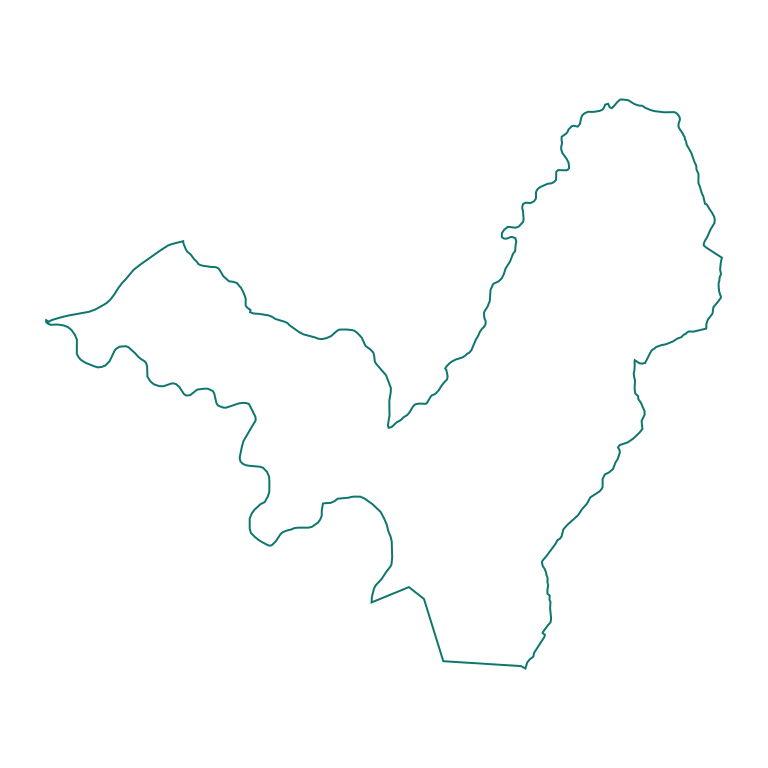 the district of Phuentsholing, Chhukha, Bhutan
{"feature_id": "84629894B40040749916025", "entity_name": "Phuentsholing", "entity_type": "district", "adm_level": 2, "iso_a3": "BTN", "parent_name": "Bhutan", "parent_adm1": "Chhukha", "projection": "albers", "projection_center": [89.394, 26.918], "detail": "fine", "context": "isolated", "style": "outline", "palette": "teal", "viewbox_px": 768, "rotation_deg": 0, "n_neighbors": 0, "source": "geoboundaries", "source_scale": "gbopen_adm2", "svg_char_len": 6102}
<svg xmlns="http://www.w3.org/2000/svg" viewBox="0 0 768 768"><path d="M46.2,320.2L46.1,322.0L47.7,323.5L50.8,324.8L57.2,324.5L63.9,325.5L67.7,327.0L71.5,330.0L74.9,334.9L76.9,339.6L76.8,353.9L78.6,357.2L80.8,359.8L85.3,362.7L93.7,366.1L97.9,367.4L101.8,366.9L105.5,365.4L109.6,361.2L114.7,350.5L116.1,348.9L119.6,346.7L125.9,346.2L128.5,347.2L135.4,353.5L138.5,357.0L140.8,358.9L144.5,361.2L146.0,362.9L147.1,366.1L147.4,376.6L150.4,381.4L154.0,384.4L159.2,386.1L163.3,386.3L171.1,383.6L173.3,383.4L175.9,384.0L179.4,387.0L183.8,393.9L186.2,395.5L190.1,395.2L197.2,389.6L204.1,388.7L207.3,388.7L209.0,389.2L213.0,391.2L214.2,393.4L216.3,402.6L217.2,404.5L218.5,405.8L223.3,407.6L226.1,407.7L238.8,403.4L243.3,402.8L246.1,403.1L248.9,403.9L255.3,416.5L255.7,419.5L255.4,421.1L253.5,423.9L243.5,441.0L241.8,447.1L239.9,456.5L239.7,458.2L240.5,461.5L242.5,463.6L245.6,465.1L248.5,465.7L260.4,466.8L263.2,467.9L266.9,471.8L269.1,476.7L269.4,481.4L269.3,491.9L267.8,496.6L264.7,502.1L260.6,504.1L254.3,509.9L251.7,513.6L249.7,518.4L249.7,528.5L250.9,532.9L254.7,536.8L258.0,539.5L261.5,541.8L268.1,545.3L270.1,545.7L271.9,545.1L275.9,541.2L280.6,534.0L282.8,532.2L286.4,530.7L291.1,529.5L294.4,528.1L298.0,527.7L308.0,527.7L311.6,527.0L318.1,522.5L320.2,519.5L321.7,515.9L321.8,510.1L322.9,503.7L323.9,503.3L330.9,502.8L334.8,501.0L337.6,498.7L347.9,497.8L352.1,496.8L355.1,496.6L360.4,496.7L364.1,498.3L372.4,504.1L380.7,512.0L384.3,518.9L386.9,525.0L388.3,531.2L390.5,536.3L391.7,541.2L392.2,557.2L391.5,564.4L390.3,566.7L386.6,571.4L381.6,579.0L375.8,585.2L374.1,588.3L371.9,596.7L371.6,602.4L408.9,587.1L424.0,599.0L443.3,661.2L521.1,666.1L525.4,668.5L527.2,662.5L530.0,659.1L533.3,656.7L534.1,652.8L544.4,636.9L544.9,634.8L542.6,633.0L543.0,631.9L548.0,625.1L550.4,622.6L551.0,619.8L551.0,617.4L550.1,608.1L550.5,602.1L549.5,599.9L549.7,595.6L547.5,593.8L547.4,592.0L547.4,589.8L548.2,585.3L547.3,581.8L547.6,580.1L547.5,577.7L546.5,575.1L546.0,572.3L544.7,568.9L542.9,566.4L542.1,563.5L542.0,561.7L542.7,560.4L545.8,556.9L555.4,544.0L557.5,540.1L560.1,538.6L561.7,536.1L563.3,529.4L567.4,524.8L578.0,515.3L582.2,509.0L587.1,503.5L590.3,497.4L599.4,491.5L601.5,489.2L602.6,487.1L602.6,479.1L604.8,474.5L608.9,472.5L613.1,468.9L615.6,462.2L617.6,459.3L619.9,452.5L619.4,449.7L618.0,447.5L619.6,445.1L627.7,442.4L633.1,438.7L639.5,432.6L642.4,429.0L641.6,420.9L644.6,414.7L644.6,411.4L640.9,402.7L638.4,399.3L638.1,396.1L635.3,393.6L634.6,389.1L635.0,380.5L634.1,376.8L633.7,373.2L634.4,370.6L634.7,365.2L634.5,361.6L634.8,360.2L639.5,363.3L642.3,363.6L645.1,363.0L650.2,352.9L652.0,350.0L654.4,348.6L656.2,347.0L661.2,345.2L666.1,344.2L673.0,341.4L677.5,338.5L681.1,337.3L684.2,334.4L685.6,334.0L686.8,332.7L688.7,331.5L693.6,331.6L706.2,328.6L706.4,326.1L706.2,325.0L707.0,321.9L707.7,319.9L712.5,313.6L713.4,307.2L717.9,301.8L720.8,297.9L720.9,296.4L720.2,294.9L719.1,291.3L718.6,286.0L718.6,283.3L719.4,280.5L719.6,277.4L721.0,274.1L720.1,269.5L720.8,262.5L721.9,257.7L706.6,247.8L703.8,245.5L703.8,243.8L704.8,241.0L707.4,236.8L710.4,229.7L714.5,222.9L714.7,219.2L714.2,216.8L711.7,212.2L709.5,209.1L707.2,205.1L706.3,204.2L705.0,203.8L703.2,196.0L701.9,193.6L700.0,187.0L698.4,183.0L698.5,174.0L696.4,169.3L696.3,166.2L695.8,164.7L694.4,161.9L691.2,152.6L686.7,144.8L686.1,141.6L684.9,139.0L684.5,136.5L683.6,135.6L682.9,133.8L679.2,128.3L678.5,126.6L678.6,123.5L679.9,119.9L679.6,117.1L678.6,115.5L677.4,114.0L675.7,112.7L674.0,112.1L664.3,112.3L654.9,111.2L650.7,110.1L645.4,107.9L642.4,105.8L638.6,105.5L634.3,104.0L628.2,100.2L622.6,99.5L620.1,99.6L617.1,102.3L613.5,106.6L611.7,108.2L609.7,107.2L608.1,103.8L605.2,104.6L604.0,107.6L602.5,109.6L599.7,110.9L593.7,111.9L588.1,111.8L584.9,113.1L582.7,114.8L582.1,115.8L581.3,117.4L580.0,123.7L578.6,125.7L577.6,126.6L573.8,125.8L571.8,126.2L568.7,129.3L567.3,132.3L565.9,133.8L561.7,136.7L561.5,139.6L562.1,142.7L561.1,147.6L561.3,149.7L562.3,152.9L566.8,159.1L568.6,162.9L569.1,167.3L568.9,168.4L568.0,169.5L566.6,170.3L558.1,170.1L556.3,171.7L556.0,180.0L554.0,182.0L551.6,183.3L547.5,183.8L540.2,187.1L537.8,188.9L536.3,191.2L536.0,192.6L536.0,197.9L535.7,198.9L534.0,201.3L530.4,203.1L525.4,202.7L523.1,204.0L522.2,206.8L522.4,209.4L523.0,210.8L523.6,219.8L523.1,221.9L518.7,226.6L515.6,227.7L507.9,226.8L504.2,229.7L502.1,232.8L501.8,234.9L501.9,237.2L503.9,238.5L505.7,238.7L507.6,238.4L510.6,237.0L512.5,237.1L515.3,238.1L516.3,241.8L515.7,244.1L515.1,251.3L513.4,253.2L512.5,255.0L510.0,261.6L505.7,268.2L503.7,274.5L501.6,278.5L498.4,281.5L493.9,283.5L492.9,284.5L490.5,290.1L489.8,300.8L487.5,306.8L484.7,311.0L483.9,313.1L484.4,318.2L485.7,321.3L485.6,323.9L484.5,326.3L482.0,328.8L479.7,332.2L478.1,336.0L475.9,339.5L471.4,350.2L469.2,352.8L467.2,353.7L466.0,355.0L462.6,357.4L455.6,359.6L452.3,361.3L449.8,363.0L446.9,366.0L445.2,368.4L446.3,369.8L447.4,375.2L447.6,376.8L447.0,379.5L443.9,382.7L441.5,385.8L438.7,390.3L436.6,392.6L435.3,393.9L431.8,395.4L430.8,396.4L426.7,403.4L425.5,403.8L418.6,403.6L414.9,404.5L413.0,406.5L409.5,412.3L407.2,415.1L404.1,416.9L400.3,420.4L396.7,422.3L391.8,426.9L388.6,427.8L387.9,425.3L389.5,415.5L389.3,400.7L390.7,392.5L390.9,388.0L389.9,385.3L386.0,375.2L376.3,364.0L374.8,361.7L374.2,355.8L373.3,352.6L370.2,349.3L365.5,345.9L361.7,337.6L357.4,333.0L354.1,330.6L351.6,330.0L346.4,329.5L339.3,329.6L336.8,331.0L331.1,336.1L326.2,338.2L321.9,339.1L318.1,338.7L315.3,337.5L303.6,334.4L299.4,332.3L289.6,325.3L288.1,323.6L286.7,322.7L284.5,321.7L275.5,319.0L271.9,316.7L268.5,315.4L259.4,313.9L253.7,313.5L250.1,312.2L250.5,310.0L247.2,307.6L246.0,306.1L245.6,304.9L245.7,298.6L244.1,293.9L240.9,287.5L239.5,286.3L237.1,283.1L233.6,281.9L228.9,281.2L223.3,276.2L219.5,269.7L218.1,268.2L216.0,267.2L209.8,266.8L201.6,265.5L198.5,264.2L196.9,261.8L194.1,259.1L190.7,254.5L187.3,251.7L186.0,249.7L183.5,243.6L183.2,241.2L171.7,244.1L168.0,245.5L160.1,250.6L141.1,264.0L133.5,269.9L126.2,278.7L122.1,283.0L118.3,288.0L114.2,294.6L110.4,299.5L106.7,303.0L101.8,305.9L95.3,309.5L89.0,311.8L69.5,315.3L61.3,317.2L51.9,320.0L48.9,321.7L46.2,320.2Z" fill="none" stroke="#0f766e" stroke-width="2"/></svg>